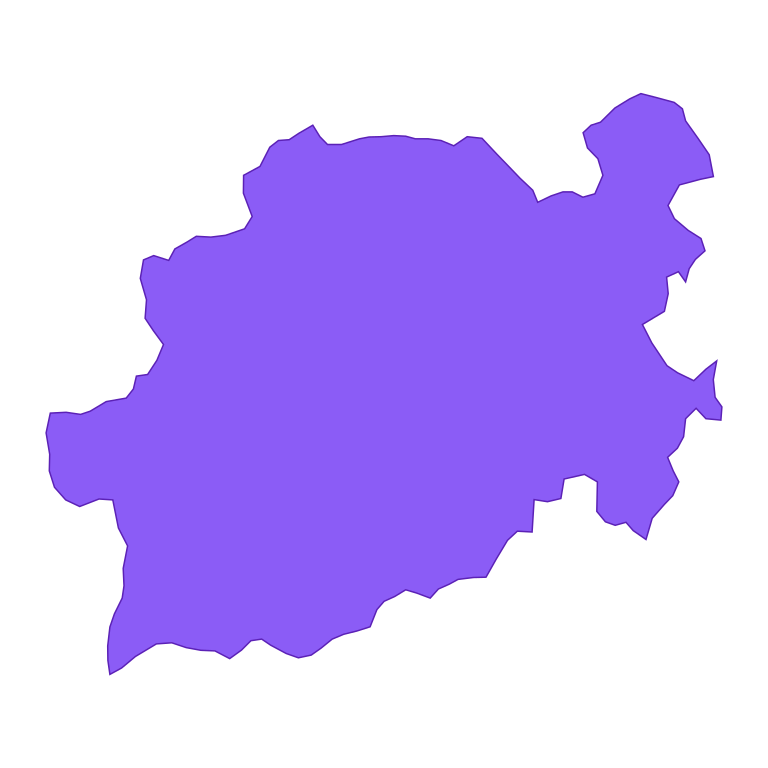 Cesário Lange, São Paulo, Brazil (Equal Earth projection)
{"feature_id": "56859067B87642891823012", "entity_name": "Cesário Lange", "entity_type": "district", "adm_level": 2, "iso_a3": "BRA", "parent_name": "Brazil", "parent_adm1": "São Paulo", "projection": "equal_earth", "projection_center": [-47.895, -23.217], "detail": "fine", "context": "isolated", "style": "filled", "palette": "violet", "viewbox_px": 768, "rotation_deg": 0, "n_neighbors": 0, "source": "geoboundaries", "source_scale": "gbopen_adm2", "svg_char_len": 2218}
<svg xmlns="http://www.w3.org/2000/svg" viewBox="0 0 768 768"><path d="M674.2,102.4L656.5,97.6L640.9,93.6L629.7,98.9L614.9,108.0L600.5,122.2L591.1,125.2L583.1,132.7L587.5,148.0L597.9,158.7L602.9,175.3L594.9,193.8L582.9,197.2L572.3,191.9L562.9,191.9L551.1,195.9L537.7,202.3L532.8,190.3L520.0,178.2L508.2,165.9L496.8,154.1L482.0,138.3L467.2,136.7L453.8,145.8L441.0,140.5L428.0,138.8L415.3,138.8L405.7,136.2L393.7,135.6L381.1,136.7L369.1,137.0L359.5,138.8L341.5,144.5L327.5,144.5L319.9,136.7L312.8,125.2L299.0,133.2L289.2,139.7L278.4,140.5L269.8,147.2L260.0,166.4L243.6,175.3L243.4,193.2L252.2,216.5L244.6,228.8L225.6,235.3L210.9,237.1L196.3,236.3L187.1,242.0L174.9,248.9L168.7,260.4L153.7,255.6L143.5,259.9L140.3,278.4L146.5,299.8L145.1,318.3L153.3,330.6L163.5,344.5L156.9,360.3L147.6,374.5L136.4,376.1L133.4,389.0L126.2,398.1L106.2,401.6L90.2,411.2L80.6,414.4L66.1,412.3L50.3,413.1L46.1,432.9L49.7,454.3L49.3,470.9L54.5,487.3L65.7,499.9L79.7,506.5L99.0,499.0L112.8,499.9L118.4,528.0L127.6,545.9L123.2,568.4L124.0,585.8L122.2,598.1L114.4,613.9L109.9,627.0L107.7,646.0L107.9,660.5L109.9,674.4L121.6,668.0L135.4,656.5L156.4,643.9L171.8,642.8L186.2,647.6L200.9,650.3L214.9,650.9L229.7,658.6L241.5,650.1L250.9,640.7L261.7,639.1L270.7,645.2L286.2,653.5L298.4,657.8L311.2,655.1L321.0,648.2L332.2,639.1L343.6,634.3L356.9,631.0L370.1,626.8L376.9,609.6L384.1,601.3L394.7,596.5L405.7,589.8L416.5,593.0L430.2,598.1L438.4,589.0L449.2,584.2L458.0,579.4L473.4,577.5L486.0,577.2L496.4,558.8L507.5,540.3L517.3,531.2L532.1,532.0L534.1,499.6L547.5,501.7L560.9,498.5L564.1,479.0L584.5,474.4L597.4,481.9L596.8,511.4L605.4,521.8L615.2,525.3L626.0,522.3L633.2,530.6L646.0,539.5L652.2,518.3L664.4,504.4L672.8,495.6L678.8,481.9L673.2,470.9L667.6,457.3L677.4,448.2L683.6,436.7L685.6,418.7L696.1,408.3L705.9,418.7L720.9,420.1L721.9,406.9L715.1,397.3L713.3,379.6L716.7,360.9L705.9,369.2L693.8,380.7L677.4,372.7L667.0,365.7L651.8,342.9L642.4,324.5L664.4,311.3L668.2,293.7L666.6,277.1L678.4,271.7L685.6,281.9L689.2,268.7L695.4,259.4L705.0,250.8L701.0,238.5L688.2,230.4L674.4,218.7L668.0,205.5L679.4,184.9L700.4,179.3L713.4,176.6L709.2,154.7L698.0,138.3L685.6,120.9L682.4,108.8L674.2,102.4Z" fill="#8b5cf6" stroke="#5b21b6" stroke-width="1.5"/></svg>